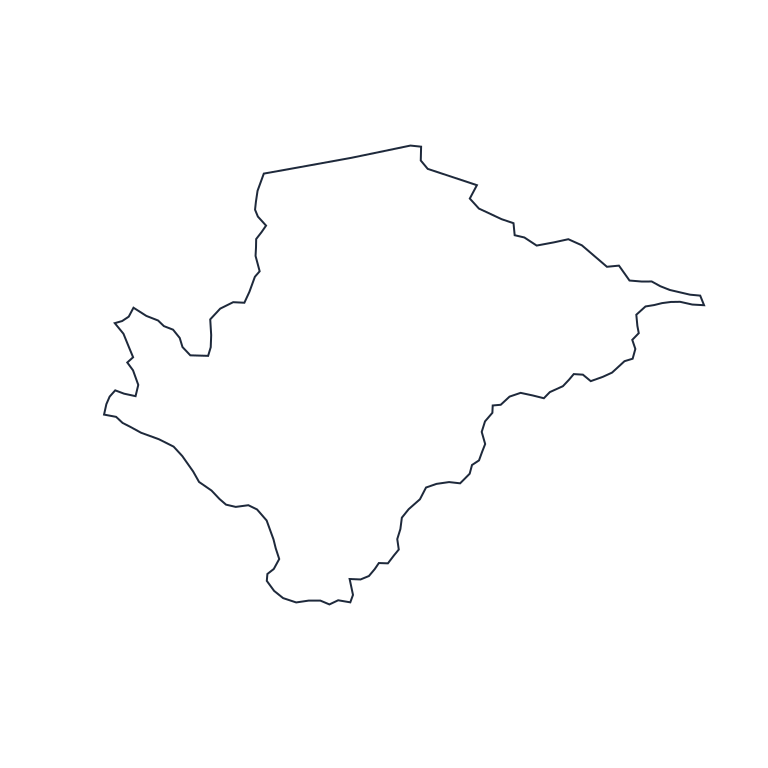 the district of Divinolândia, São Paulo, Brazil, rotated 290°
{"feature_id": "56859067B36914756997745", "entity_name": "Divinolândia", "entity_type": "district", "adm_level": 2, "iso_a3": "BRA", "parent_name": "Brazil", "parent_adm1": "São Paulo", "projection": "robinson", "projection_center": [-46.706, -21.669], "detail": "fine", "context": "isolated", "style": "outline", "palette": "slate", "viewbox_px": 768, "rotation_deg": 290, "n_neighbors": 0, "source": "geoboundaries", "source_scale": "gbopen_adm2", "svg_char_len": 2050}
<svg xmlns="http://www.w3.org/2000/svg" viewBox="0 0 768 768"><g transform="rotate(290 384 384)"><path d="M602.6,403.3L601.1,351.5L606.6,342.1L619.7,337.7L617.1,327.3L585.4,276.0L568.0,246.2L558.5,229.9L540.6,199.1L522.3,199.1L511.5,201.3L503.7,203.2L498.2,208.2L492.5,219.0L484.9,217.0L476.5,214.3L468.6,217.0L460.4,219.5L453.7,224.2L447.4,228.6L440.6,226.0L424.6,226.0L412.6,225.0L409.3,214.3L398.8,204.3L385.3,198.6L370.8,204.9L359.3,208.6L350.3,209.1L344.7,192.2L349.8,182.0L357.4,176.3L362.9,167.2L363.1,157.4L366.4,150.0L366.7,137.4L370.0,122.5L360.0,121.1L353.6,116.4L349.1,110.2L342.1,122.0L331.6,131.5L323.3,139.1L316.4,135.4L311.0,143.5L299.1,153.4L287.6,154.7L286.0,143.0L286.1,133.6L278.3,130.5L270.1,130.0L259.5,131.4L261.5,143.5L258.0,151.7L257.0,160.0L255.1,172.4L255.1,191.4L253.2,207.7L247.3,219.1L236.5,234.6L228.7,243.7L224.9,258.3L219.7,268.7L216.6,276.8L217.8,286.7L223.7,298.0L222.7,307.6L215.6,320.4L205.8,328.6L200.2,333.3L192.5,338.5L183.7,345.4L172.5,343.7L165.6,339.4L158.9,341.2L152.0,351.5L148.3,362.4L148.7,376.2L154.7,387.3L158.7,398.2L158.2,408.1L165.1,414.9L167.3,427.0L175.2,427.0L189.0,418.4L192.3,428.8L198.4,435.5L206.9,438.6L214.0,440.4L216.8,449.0L226.4,452.0L233.5,454.5L242.8,449.5L253.3,449.0L264.5,446.5L274.8,450.0L288.0,457.2L301.1,458.9L308.1,467.5L314.1,478.7L316.7,489.5L329.0,495.2L338.0,494.4L344.7,499.4L354.0,499.4L362.2,499.6L372.4,492.2L383.4,491.7L394.0,495.7L401.0,493.5L404.4,500.8L415.1,506.3L422.4,515.4L424.1,527.7L425.3,539.1L433.1,542.6L443.2,552.9L451.3,556.4L458.2,558.9L460.8,567.7L457.4,577.3L465.6,587.2L472.7,594.4L487.7,602.2L492.8,609.0L502.9,608.2L510.4,602.2L518.9,606.0L525.3,602.2L535.4,597.4L546.3,603.2L550.6,610.9L555.1,617.6L559.2,625.5L562.5,634.1L564.1,646.5L567.5,657.8L575.2,650.9L572.6,641.0L570.1,620.3L570.4,610.1L571.9,600.5L568.5,591.4L565.2,579.3L575.6,564.3L570.4,553.4L582.0,522.5L583.1,507.7L575.2,495.2L566.3,480.1L569.7,465.8L568.5,455.9L579.4,450.7L579.1,438.2L581.3,413.2L587.6,401.2L602.6,403.3Z" fill="none" stroke="#1e293b" stroke-width="2"/></g></svg>